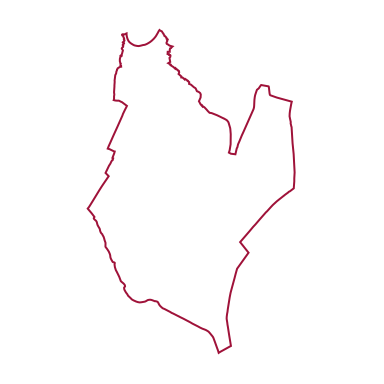 Bang Bua Thong, Nonthaburi, Thailand, rotated 191°
{"feature_id": "78962969B62915491742663", "entity_name": "Bang Bua Thong", "entity_type": "district", "adm_level": 2, "iso_a3": "THA", "parent_name": "Thailand", "parent_adm1": "Nonthaburi", "projection": "equal_earth", "projection_center": [100.421, 13.932], "detail": "fine", "context": "isolated", "style": "outline", "palette": "rose", "viewbox_px": 384, "rotation_deg": 191, "n_neighbors": 0, "source": "geoboundaries", "source_scale": "gbopen_adm2", "svg_char_len": 5988}
<svg xmlns="http://www.w3.org/2000/svg" viewBox="0 0 384 384"><g transform="rotate(191 192 192)"><path d="M289.3,286.9L288.9,285.3L288.5,281.9L288.3,280.9L287.6,275.4L287.4,274.4L287.0,273.4L286.8,272.5L286.8,271.2L286.4,269.1L286.3,267.8L286.4,267.3L285.5,267.2L284.4,267.2L282.7,267.4L281.3,267.7L280.4,267.5L279.2,267.1L278.1,266.9L277.6,266.7L273.1,264.5L272.3,264.1L272.7,262.6L273.6,259.5L274.7,255.3L274.8,254.4L274.9,253.7L277.6,242.0L280.0,232.0L281.8,224.1L282.5,221.2L283.0,218.5L281.0,218.3L276.3,217.0L275.8,217.0L275.6,217.0L275.7,215.3L276.6,210.4L276.6,210.2L275.8,210.0L276.0,208.1L276.5,207.8L276.6,207.6L277.2,205.8L277.5,204.4L278.5,201.9L280.5,194.2L277.2,191.9L276.8,191.6L280.8,182.3L281.8,179.9L283.4,175.8L287.9,163.7L289.5,159.5L290.3,157.5L291.2,155.8L290.6,155.3L286.6,152.1L283.0,148.9L283.0,148.7L283.4,147.8L283.4,147.6L283.4,147.4L283.2,147.1L282.9,146.8L282.4,146.4L280.8,145.5L280.0,144.7L279.6,144.0L278.9,142.5L278.5,141.7L277.4,140.3L276.3,139.1L275.7,138.4L275.4,137.9L274.8,136.4L274.0,135.1L273.3,134.3L272.0,133.4L271.5,132.6L270.3,131.3L270.1,130.9L269.4,129.7L268.6,128.0L268.0,127.0L267.3,125.8L267.1,125.1L266.6,122.2L266.5,121.8L266.2,121.4L264.8,120.2L263.8,119.2L262.3,117.6L261.4,116.3L260.8,115.4L260.2,114.2L259.7,112.5L259.4,111.9L259.0,111.2L258.0,109.9L256.5,108.2L256.2,108.1L254.7,108.0L254.3,107.7L254.2,107.2L254.2,106.4L254.2,106.0L253.6,104.3L253.3,103.4L252.6,102.2L252.2,101.4L251.7,100.6L250.6,99.3L247.2,94.8L244.9,91.0L244.4,90.6L241.7,89.1L240.8,88.4L240.3,87.9L239.9,87.2L239.7,86.5L239.8,86.3L240.3,85.4L240.4,85.0L240.0,83.8L239.5,82.9L237.7,80.8L235.8,79.1L235.1,78.1L232.0,76.1L230.6,75.1L228.9,74.5L225.9,73.8L224.3,73.6L222.4,73.6L220.7,74.1L217.8,75.2L216.8,75.7L214.9,77.4L213.8,77.9L212.8,78.2L212.1,78.3L211.1,78.3L209.2,78.0L207.7,77.7L206.9,77.9L205.2,77.7L204.8,77.6L203.9,76.7L203.5,76.2L203.2,75.7L202.7,75.3L202.4,74.8L201.4,74.0L200.0,73.1L198.6,72.3L197.6,72.1L196.3,71.8L190.9,70.2L189.7,69.8L189.2,69.5L187.7,69.2L179.3,66.8L176.3,66.0L168.7,63.7L166.5,62.9L160.2,61.1L158.4,60.5L155.7,59.8L153.8,59.5L152.2,59.2L150.1,58.5L149.0,58.0L147.8,57.1L144.3,54.2L143.6,53.5L143.1,52.8L140.9,49.2L137.7,43.8L136.3,41.5L135.1,39.2L134.4,39.9L133.4,40.8L126.0,47.0L124.4,48.3L128.0,58.0L131.2,66.9L131.8,68.4L132.5,70.6L133.5,73.3L133.8,74.2L134.1,76.0L134.3,79.0L134.3,81.1L134.5,83.9L134.9,95.8L134.9,100.3L134.8,102.0L133.8,115.6L133.5,120.5L133.1,125.3L124.9,143.2L135.2,152.0L128.1,164.4L125.3,169.5L123.6,172.2L120.2,178.2L117.1,183.5L115.6,186.1L114.7,187.3L111.5,192.6L110.1,194.8L107.0,199.0L104.9,201.5L100.0,207.2L97.5,209.9L97.1,210.6L96.0,211.4L92.8,215.0L93.0,216.6L93.6,221.8L94.2,224.9L95.0,230.8L96.4,236.4L99.5,248.8L102.6,259.1L106.5,274.2L106.6,274.7L107.0,275.3L108.3,278.3L108.4,279.5L109.7,282.5L110.7,285.0L110.8,285.8L111.1,287.8L111.3,290.4L111.4,297.1L111.3,299.7L126.8,300.9L133.5,301.9L134.1,302.3L134.5,303.2L134.8,304.0L136.3,308.8L136.7,309.9L137.0,310.3L137.3,310.3L144.5,310.2L144.8,309.8L146.3,306.4L147.7,304.8L147.8,304.5L148.2,301.6L148.5,299.1L148.5,297.2L148.3,294.3L147.4,288.2L147.3,286.7L147.4,285.1L152.9,261.1L153.9,257.0L155.1,251.0L155.9,247.5L156.0,244.5L156.4,243.4L156.6,237.3L158.2,237.2L161.1,237.0L163.3,237.7L163.0,240.2L163.2,246.2L165.0,256.1L166.2,260.4L166.7,262.0L169.3,267.0L169.7,267.6L171.1,268.8L171.7,269.2L173.7,269.9L181.9,272.1L187.8,273.2L189.9,273.1L192.1,274.6L193.3,275.6L195.8,277.4L197.6,278.2L197.8,277.8L199.3,278.9L199.2,279.4L200.3,279.7L201.8,281.6L202.5,282.4L201.6,286.4L202.0,289.4L202.4,290.0L202.8,290.6L203.8,291.2L204.8,291.6L206.1,291.8L206.5,292.0L208.1,294.3L208.7,294.7L210.1,295.2L212.5,296.6L213.3,297.1L214.1,297.3L215.4,297.6L215.5,297.6L215.7,299.3L217.4,300.1L217.3,300.4L218.9,301.1L220.3,301.7L220.6,301.0L223.0,302.5L224.4,302.4L224.5,303.4L227.7,305.3L227.6,305.6L227.4,307.0L227.6,307.4L227.8,308.2L229.3,309.0L229.3,308.8L231.8,310.4L232.0,309.8L234.0,311.1L236.5,312.1L237.3,312.4L237.2,313.0L239.9,313.9L238.2,315.5L239.7,319.3L239.1,320.5L239.1,320.9L239.2,321.9L239.4,322.2L239.5,322.3L240.8,322.2L240.9,322.9L242.3,322.8L242.6,325.0L240.6,325.4L241.0,327.5L240.9,328.8L240.1,329.2L240.0,329.4L239.6,330.2L238.9,331.1L241.9,331.4L243.1,331.9L244.1,332.4L244.8,332.5L245.1,332.7L245.5,333.4L245.5,333.8L245.0,335.9L245.1,336.1L245.4,336.2L245.4,336.4L245.0,337.2L245.5,337.5L246.3,337.6L246.4,337.8L246.4,338.4L246.5,338.6L246.8,338.9L247.4,339.1L247.8,339.6L248.1,339.8L248.8,339.9L249.1,340.6L249.9,341.2L250.2,342.0L251.2,342.7L252.0,343.7L252.4,344.0L253.4,344.2L254.3,344.5L254.8,344.8L255.4,343.5L255.6,342.9L255.7,342.3L257.1,338.3L257.6,337.2L258.7,335.2L260.4,332.8L261.6,331.4L262.4,330.6L264.2,329.0L265.3,328.2L266.4,327.5L268.1,326.9L270.4,325.8L272.1,325.1L272.8,325.0L273.8,324.9L275.7,324.9L276.8,325.0L278.1,325.4L280.0,326.1L281.9,327.1L283.0,328.0L284.2,329.5L285.1,331.1L285.8,332.6L286.3,334.2L286.5,335.2L287.1,334.8L288.1,333.9L290.2,333.6L290.6,333.3L290.7,333.1L290.7,332.9L290.3,332.4L289.9,332.1L289.2,331.9L288.7,330.7L288.4,330.3L288.0,330.1L287.9,329.9L287.9,329.6L288.1,329.0L288.0,328.7L287.9,328.5L287.3,328.2L287.2,327.9L287.2,327.7L287.3,327.3L288.3,326.0L288.5,325.7L288.4,325.6L287.2,325.3L287.1,325.2L287.0,324.8L287.1,324.6L287.6,324.3L287.8,324.0L288.0,323.4L288.1,323.1L288.0,322.9L287.5,322.8L287.4,322.6L287.3,322.2L287.5,321.5L287.4,321.2L287.9,320.7L288.2,320.0L288.3,319.6L288.3,319.3L288.1,319.1L286.9,317.9L286.8,317.5L287.0,316.2L287.0,315.2L287.2,313.5L287.2,313.2L287.0,312.5L287.0,312.2L287.1,311.9L287.3,311.8L287.5,311.9L288.0,312.4L288.2,312.2L288.3,312.0L288.1,311.4L288.1,310.8L288.2,308.9L287.8,306.6L287.3,305.7L287.1,304.9L286.5,304.6L286.4,304.5L286.5,303.3L286.5,302.7L286.4,302.6L285.7,302.4L285.5,301.6L285.9,301.6L286.2,301.2L287.2,300.6L287.6,300.1L288.5,299.3L288.6,299.1L288.7,298.4L289.0,297.9L288.9,297.0L289.2,295.9L289.1,293.9L289.6,292.2L289.6,291.9L289.3,287.5L289.3,286.9Z" fill="none" stroke="#9f1239" stroke-width="2"/></g></svg>